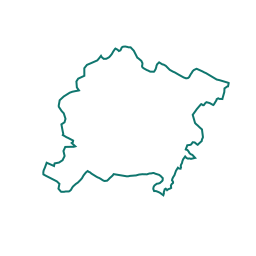 the district of Qutur, Al Gharbiyah, Egypt, rotated 299°
{"feature_id": "37247803B52105005453844", "entity_name": "Qutur", "entity_type": "district", "adm_level": 2, "iso_a3": "EGY", "parent_name": "Egypt", "parent_adm1": "Al Gharbiyah", "projection": "robinson", "projection_center": [30.964, 30.971], "detail": "fine", "context": "isolated", "style": "outline", "palette": "teal", "viewbox_px": 256, "rotation_deg": 299, "n_neighbors": 0, "source": "geoboundaries", "source_scale": "gbopen_adm2", "svg_char_len": 4020}
<svg xmlns="http://www.w3.org/2000/svg" viewBox="0 0 256 256"><g transform="rotate(299 128 128)"><path d="M92.6,192.3L93.6,192.7L94.6,193.4L95.2,194.0L96.5,194.8L97.7,194.0L98.5,193.4L100.2,193.4L101.6,194.0L102.5,193.7L103.1,193.0L103.5,191.9L104.7,191.5L105.9,191.4L106.4,191.3L109.3,191.5L113.8,190.7L117.5,190.9L117.3,192.2L117.5,192.8L117.9,193.7L118.6,193.5L119.2,193.5L119.8,193.0L120.6,192.4L121.2,192.3L121.7,192.2L123.1,192.2L123.7,192.2L124.8,191.8L125.8,191.6L127.4,191.4L130.8,191.8L130.1,193.7L130.3,195.4L130.7,195.8L131.2,196.6L131.4,197.5L131.6,198.1L134.4,201.2L135.7,197.3L135.5,195.8L135.7,194.5L136.1,193.5L136.5,192.9L136.7,192.7L137.6,190.6L137.2,189.3L137.2,188.9L138.2,188.7L140.1,188.5L141.6,188.2L142.0,188.7L143.4,190.6L144.2,191.2L146.9,191.5L147.7,193.3L147.1,196.3L147.1,197.1L148.2,197.4L152.4,198.8L153.3,198.4L154.1,198.2L154.9,198.2L156.3,198.0L157.0,197.5L160.0,195.3L162.6,193.4L163.2,190.7L163.7,188.8L164.0,187.8L164.4,185.7L164.9,184.2L165.7,183.4L170.9,178.2L175.6,178.8L177.7,179.0L184.1,180.3L184.5,180.7L184.4,181.2L184.3,182.6L184.7,183.2L187.0,183.5L187.6,183.7L188.6,184.1L189.4,187.2L189.4,188.5L189.4,191.4L189.8,191.6L190.6,191.7L193.3,191.8L195.0,191.9L196.2,191.6L197.7,192.5L197.7,193.7L199.1,196.5L200.1,196.2L206.1,194.8L209.4,193.2L212.3,194.6L212.9,195.3L213.9,195.0L215.8,194.4L216.2,194.2L216.0,193.0L214.2,184.8L213.4,182.1L213.8,169.6L213.6,167.7L213.6,165.6L213.1,159.7L213.0,159.2L210.6,157.5L208.9,157.0L207.3,157.0L205.6,156.8L202.1,156.8L201.6,156.6L200.7,156.2L199.6,154.7L199.2,152.2L199.2,151.8L199.2,151.2L199.2,148.2L199.2,146.6L199.3,141.8L199.1,140.2L199.1,138.8L199.1,136.3L200.7,130.9L200.7,128.4L200.3,127.2L200.5,123.4L197.9,122.6L196.0,122.8L195.0,123.2L193.9,123.4L193.1,123.6L191.0,123.6L189.8,123.4L188.2,120.4L188.0,119.6L188.0,117.9L187.8,116.5L187.8,115.0L187.8,113.1L187.9,112.3L188.0,111.4L188.4,110.8L189.0,110.2L190.0,110.0L190.9,109.6L191.7,109.2L193.2,107.1L194.0,102.9L194.0,102.1L195.9,99.3L198.4,95.6L199.8,91.2L198.8,89.4L198.6,88.1L198.4,87.6L198.0,86.2L197.1,84.8L196.3,83.9L195.3,83.5L193.4,83.7L192.2,83.7L190.9,82.7L191.2,82.0L191.2,81.6L191.4,80.8L191.4,78.5L190.8,78.3L187.7,78.0L184.8,78.0L182.5,77.6L180.8,77.2L179.0,76.1L177.9,75.3L176.7,73.2L177.1,71.3L177.3,70.5L178.0,69.4L175.3,69.0L172.3,68.4L172.0,68.2L166.5,64.0L163.3,61.5L159.1,60.8L152.5,64.5L147.0,60.5L143.7,60.3L138.7,63.6L137.1,66.9L136.8,66.6L134.6,63.9L133.3,62.4L132.7,61.7L130.6,59.9L124.6,56.6L124.4,56.5L119.5,54.9L119.1,54.8L117.4,55.4L114.1,56.5L113.0,57.2L111.5,60.1L110.8,61.4L110.3,62.8L109.7,64.7L107.8,66.7L105.7,68.9L102.2,69.7L98.9,68.0L93.8,72.2L91.4,74.3L91.2,74.3L90.2,74.4L90.2,76.5L90.1,78.8L90.2,79.4L90.3,81.1L90.3,81.5L90.4,86.1L89.0,86.6L87.6,86.0L86.4,90.8L85.3,89.7L82.1,84.1L81.0,82.3L76.6,82.7L74.8,84.3L73.5,85.5L72.8,86.1L72.1,86.2L69.2,86.3L68.1,86.4L64.3,84.4L61.5,81.0L60.5,81.2L58.9,81.7L58.2,73.7L56.4,74.0L53.2,74.5L52.1,74.6L50.0,74.8L48.2,75.4L46.4,76.5L46.4,79.4L46.6,84.5L46.8,91.1L46.8,91.4L46.8,91.8L45.9,95.1L41.2,96.6L40.0,99.7L39.8,100.5L40.4,101.6L41.2,103.0L42.3,104.3L43.7,106.8L44.3,107.4L46.2,108.1L48.7,108.1L50.3,108.3L53.8,109.5L55.9,110.6L58.0,111.2L59.4,111.6L61.7,112.1L62.9,112.1L64.8,112.1L66.2,112.3L68.5,112.7L69.4,113.0L70.8,113.6L70.6,114.8L70.8,116.3L70.4,118.1L70.2,122.1L70.1,123.8L70.1,125.5L70.3,126.8L70.3,127.7L70.3,128.6L70.1,130.9L70.1,132.1L70.3,133.2L71.8,135.3L73.6,135.9L75.3,136.3L77.2,137.0L79.0,137.6L80.7,137.8L81.3,139.5L85.2,150.5L86.1,151.9L86.9,152.7L89.9,157.2L90.3,157.9L92.6,160.2L94.5,162.9L95.3,164.4L96.7,167.1L97.1,167.4L98.6,168.8L99.6,170.4L100.6,171.5L101.1,172.3L101.3,174.2L102.1,177.9L101.9,179.4L101.7,180.5L101.5,180.9L101.0,182.7L99.2,183.6L98.3,183.6L95.2,182.5L94.0,181.3L93.2,180.2L90.5,179.0L88.6,179.0L88.2,179.2L87.0,179.6L85.5,181.4L86.4,183.1L86.6,184.4L86.8,186.3L86.8,186.9L86.8,187.9L86.6,189.0L86.3,191.5L88.2,191.1L89.2,190.4L91.7,190.0L92.1,189.8L93.2,190.4L92.7,192.1L92.6,192.3Z" fill="none" stroke="#0f766e" stroke-width="2"/></g></svg>